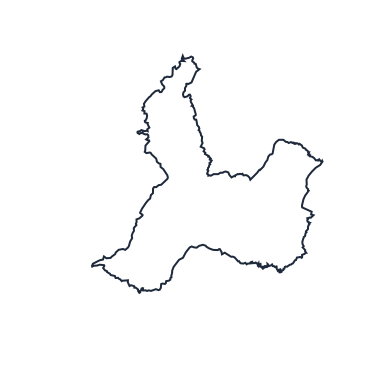 the district of Wang Thong, Phitsanulok, Thailand, rotated 235°
{"feature_id": "78962969B63856806538884", "entity_name": "Wang Thong", "entity_type": "district", "adm_level": 2, "iso_a3": "THA", "parent_name": "Thailand", "parent_adm1": "Phitsanulok", "projection": "robinson", "projection_center": [100.584, 16.85], "detail": "fine", "context": "isolated", "style": "outline", "palette": "slate", "viewbox_px": 384, "rotation_deg": 235, "n_neighbors": 0, "source": "geoboundaries", "source_scale": "gbopen_adm2", "svg_char_len": 6020}
<svg xmlns="http://www.w3.org/2000/svg" viewBox="0 0 384 384"><g transform="rotate(235 192 192)"><path d="M142.1,316.4L142.7,316.5L142.3,315.9L142.7,315.3L144.8,315.0L145.2,313.8L145.9,314.4L146.0,313.3L146.9,311.6L149.8,311.5L151.9,310.7L153.7,309.0L154.3,309.5L154.6,309.2L154.7,309.6L155.4,309.1L155.4,309.5L155.5,309.6L156.2,308.7L157.4,310.7L158.0,309.9L159.3,310.4L161.3,309.5L162.4,309.8L164.7,308.3L165.9,308.4L166.0,308.9L166.1,308.5L167.0,308.7L169.3,307.9L169.5,307.1L170.0,307.3L170.2,306.7L171.4,306.3L172.2,305.3L172.0,304.7L172.5,304.6L172.7,303.5L173.6,303.2L173.8,303.7L174.7,303.0L174.8,302.3L176.1,301.7L176.7,299.3L178.1,298.9L179.3,297.6L182.3,296.8L184.9,293.2L184.7,289.6L183.6,286.6L177.3,280.1L177.2,278.9L177.9,277.5L177.4,275.1L174.9,271.9L174.1,269.2L171.8,265.0L171.0,260.3L171.4,260.2L171.4,259.3L170.4,256.5L168.6,246.8L170.9,247.4L173.3,246.9L174.8,246.0L176.1,243.7L178.0,243.8L178.2,242.7L179.4,241.7L179.7,240.5L180.5,239.7L180.8,236.8L180.2,236.3L181.0,235.3L181.3,232.7L184.4,232.4L187.2,233.0L189.5,231.3L190.1,229.7L190.2,228.1L191.5,226.4L191.6,223.7L194.2,220.0L194.5,216.8L195.5,216.1L196.0,214.7L197.2,215.3L198.0,214.8L198.8,215.3L200.0,217.5L201.3,217.3L201.7,218.4L202.5,218.9L202.7,220.0L204.0,221.4L204.3,222.8L205.2,222.6L205.9,223.2L205.7,224.4L206.5,226.2L208.4,225.1L208.8,225.5L208.7,226.5L210.7,226.3L211.6,225.6L212.0,226.3L215.7,224.4L216.5,225.4L218.7,224.8L219.7,226.8L220.8,227.0L224.1,225.1L226.1,228.8L228.2,229.3L231.6,232.1L233.1,231.8L235.3,232.9L236.4,232.7L237.8,233.3L238.9,232.9L239.7,234.4L241.4,234.9L243.7,234.6L248.5,236.9L249.0,236.9L249.7,235.8L251.2,235.8L252.9,236.7L252.7,239.0L253.4,239.6L259.6,241.8L260.7,241.6L261.7,242.1L262.6,241.3L262.7,242.4L266.8,242.8L268.0,243.7L268.1,244.6L270.2,244.2L271.1,245.7L272.0,246.1L273.0,246.1L273.4,245.5L273.0,243.0L274.0,240.2L275.1,239.9L276.8,240.4L278.5,242.1L279.0,244.4L281.1,245.8L282.3,248.4L283.8,249.3L283.6,250.0L282.6,250.9L282.0,254.4L288.1,264.3L288.3,268.6L289.5,267.7L291.3,267.3L294.7,268.5L295.7,267.6L296.5,268.0L298.9,267.2L299.8,267.8L300.7,269.6L301.9,269.9L303.4,269.0L303.6,266.6L305.2,262.6L306.6,262.0L308.8,262.5L307.0,260.0L303.8,260.6L305.5,258.5L305.7,256.4L305.1,255.8L303.6,255.8L302.1,253.8L301.6,249.7L302.4,249.3L304.6,250.1L304.7,247.4L299.2,243.3L298.3,241.6L298.9,239.8L300.8,237.7L301.0,236.2L301.6,235.2L300.4,232.3L300.5,230.0L297.4,229.3L294.5,229.7L293.7,229.4L292.9,228.8L292.4,226.2L291.6,224.9L291.5,224.0L292.3,222.9L294.4,223.1L295.6,219.9L295.0,215.1L294.2,212.7L294.3,211.4L293.0,206.1L291.8,203.2L289.3,202.0L289.6,200.0L288.1,199.8L287.2,198.2L285.5,199.5L283.6,198.0L282.2,199.7L280.3,199.0L278.4,197.2L277.3,195.2L277.4,194.2L276.6,193.7L275.6,193.8L273.9,195.4L272.9,194.5L269.2,194.0L269.0,191.4L267.3,190.6L268.3,189.9L268.9,188.2L271.8,186.0L271.7,184.2L272.6,182.1L272.3,181.6L271.5,181.3L269.7,182.1L269.8,183.5L269.3,184.2L269.2,185.7L267.7,185.6L265.7,187.0L265.0,188.5L263.6,188.7L261.7,187.6L261.3,184.6L260.0,185.3L259.0,186.4L258.1,186.2L256.7,180.5L252.7,177.4L252.0,176.3L250.0,177.0L248.6,180.0L247.9,180.6L246.0,180.5L239.9,181.8L236.8,180.6L234.4,181.3L233.2,182.3L230.5,180.6L227.2,181.6L219.9,181.4L217.8,180.6L216.9,179.5L215.6,170.9L216.7,168.7L216.5,165.5L217.8,163.9L217.2,162.1L213.4,159.3L213.1,156.6L210.6,153.9L210.5,151.5L209.5,148.0L207.0,141.5L204.9,137.7L204.3,137.5L201.8,138.4L201.1,138.0L200.6,133.8L201.4,130.8L199.1,129.3L198.1,127.7L196.8,127.5L195.9,123.7L193.4,122.1L192.5,119.9L190.7,117.5L188.5,116.5L186.9,112.9L183.9,109.3L183.2,107.5L182.9,104.1L184.9,102.8L186.7,98.8L186.2,94.9L185.2,93.4L185.1,89.2L184.7,87.5L186.8,83.9L189.7,82.9L187.7,80.3L189.0,77.3L190.1,69.7L188.8,67.7L188.1,67.5L187.9,69.3L186.2,72.0L185.4,74.7L182.5,78.0L181.7,77.8L180.7,75.6L177.7,75.8L175.9,76.9L175.2,76.5L172.0,77.9L170.6,77.8L167.5,80.6L165.4,80.1L164.1,82.2L163.0,82.3L161.7,83.1L159.3,83.3L159.3,84.0L156.4,88.9L155.0,87.7L150.8,86.9L150.6,88.6L148.0,90.6L146.7,89.9L146.0,91.0L143.1,91.9L141.7,91.0L139.6,91.0L139.6,92.0L140.9,92.4L140.5,93.6L141.8,95.3L141.8,96.1L141.2,96.7L139.9,95.4L139.4,95.4L138.0,97.7L136.7,98.4L136.3,100.1L134.5,101.7L133.1,106.7L130.8,108.3L130.5,109.6L131.4,111.5L134.3,114.0L133.9,115.3L132.2,117.2L132.2,118.0L133.8,119.7L132.6,122.3L132.6,123.9L133.9,124.9L133.9,126.3L135.1,126.8L137.0,129.2L138.9,130.6L141.2,134.0L143.9,142.5L143.3,146.9L146.1,152.3L147.9,158.2L147.6,160.4L145.4,162.0L143.7,163.9L143.8,166.9L142.5,170.7L140.1,172.4L139.1,172.4L136.3,173.5L132.6,176.0L129.6,179.8L129.7,181.2L129.3,182.0L126.0,181.8L123.8,180.8L123.5,184.0L116.5,186.9L115.7,188.3L114.0,189.4L108.7,190.0L108.3,190.9L105.9,190.8L103.9,193.0L103.4,195.1L101.4,195.3L101.4,196.5L99.3,200.1L99.6,200.4L100.7,199.5L100.8,200.1L100.3,201.3L99.5,200.8L98.2,201.8L97.7,203.7L97.0,203.6L96.4,204.4L94.4,204.0L95.3,205.6L93.7,204.8L94.1,205.5L93.8,206.8L92.1,205.9L92.4,204.6L90.8,205.8L90.1,207.4L89.7,207.3L89.5,206.0L88.5,206.1L88.7,208.1L88.1,209.3L89.3,209.0L89.5,209.3L88.7,210.1L88.5,211.3L88.7,212.0L89.8,212.6L89.0,212.8L87.5,211.8L86.5,214.8L86.7,216.0L84.9,215.7L84.2,216.7L83.1,216.8L82.5,218.5L81.8,218.2L81.8,217.6L78.3,217.1L78.5,218.6L78.0,220.1L77.1,220.0L77.3,217.9L76.3,217.5L75.7,217.8L75.2,219.4L75.9,220.1L75.7,222.0L76.6,222.9L76.2,223.7L77.4,225.1L77.2,226.0L76.3,227.0L76.3,230.4L75.7,231.7L75.9,232.5L75.6,233.8L77.0,237.1L76.6,238.1L78.1,240.3L76.7,243.4L75.2,244.1L75.5,244.9L77.4,246.1L76.7,248.7L77.1,250.1L76.7,250.7L78.8,250.7L79.5,251.4L83.2,250.9L83.5,252.4L86.1,252.7L88.1,254.0L91.0,257.8L91.0,259.2L93.1,261.4L93.3,262.6L94.2,262.6L94.5,263.1L95.1,265.8L96.8,266.9L98.0,268.5L98.1,269.5L99.0,269.7L99.1,271.0L101.3,269.7L102.9,270.3L103.3,271.6L104.3,271.5L103.5,273.9L102.8,274.5L103.3,278.2L105.3,276.7L107.2,278.7L116.2,273.4L118.0,274.5L122.1,279.1L124.1,282.5L126.1,288.3L126.9,288.0L127.7,288.7L129.8,288.4L131.2,288.8L132.3,290.3L136.5,292.9L138.6,297.1L140.0,302.3L140.9,307.3L140.6,312.4L142.1,316.4Z" fill="none" stroke="#1e293b" stroke-width="2"/></g></svg>